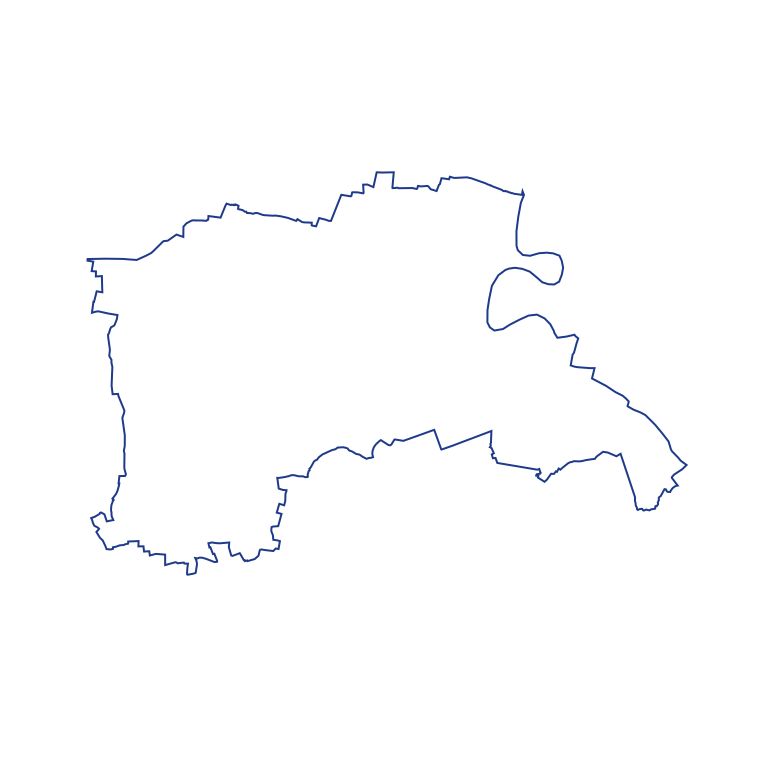 Krathum Baen, Nakhon Pathom, Thailand, rotated 188°
{"feature_id": "78962969B60884985036965", "entity_name": "Krathum Baen", "entity_type": "district", "adm_level": 2, "iso_a3": "THA", "parent_name": "Thailand", "parent_adm1": "Nakhon Pathom", "projection": "albers", "projection_center": [100.27, 13.664], "detail": "fine", "context": "isolated", "style": "outline", "palette": "blue", "viewbox_px": 768, "rotation_deg": 188, "n_neighbors": 0, "source": "geoboundaries", "source_scale": "gbopen_adm2", "svg_char_len": 6134}
<svg xmlns="http://www.w3.org/2000/svg" viewBox="0 0 768 768"><g transform="rotate(188 384 384)"><path d="M273.6,594.1L273.8,590.5L281.6,590.5L283.8,590.9L284.5,590.7L285.6,591.2L287.3,591.2L288.9,591.9L289.7,591.7L290.7,592.1L291.9,591.6L293.4,592.0L294.2,592.6L304.3,594.9L305.7,595.5L306.5,595.4L307.1,595.8L308.9,596.0L311.1,596.8L325.9,599.8L330.6,600.2L343.2,597.8L347.6,598.4L348.0,595.8L355.7,595.8L356.5,589.6L357.3,588.9L358.8,582.4L364.9,583.4L367.6,585.9L368.5,586.2L374.8,584.8L377.9,584.9L378.3,582.1L378.7,581.7L383.3,582.0L396.8,579.9L398.5,580.3L399.7,579.7L402.8,579.2L403.0,579.5L403.8,595.0L414.9,593.2L420.7,592.6L421.9,577.5L428.2,579.2L432.4,578.5L430.8,570.5L431.1,569.9L436.9,570.1L441.8,569.5L442.2,569.3L442.5,565.6L443.1,565.2L452.6,565.4L459.2,538.1L461.4,537.9L464.8,538.6L471.3,539.3L473.2,530.7L477.4,530.9L477.7,531.1L478.0,533.7L486.0,532.9L487.7,533.0L492.7,535.2L493.4,533.4L493.7,533.3L502.3,535.1L509.3,535.7L514.8,535.7L517.4,535.2L526.4,534.5L527.8,534.6L533.3,535.7L536.0,535.2L536.7,534.6L537.8,534.3L539.8,534.6L543.6,534.3L544.4,535.5L545.9,535.3L548.3,536.6L552.7,536.9L553.0,537.7L552.8,540.1L553.3,540.4L555.9,541.1L556.2,540.6L557.3,540.8L557.5,540.2L559.8,540.4L560.5,539.9L565.0,540.7L565.8,538.7L569.0,526.0L581.2,525.9L581.0,522.2L582.3,521.4L582.5,520.9L587.8,520.5L594.1,519.6L595.3,519.7L597.5,518.9L602.0,515.6L604.5,511.9L603.2,501.7L610.3,503.1L618.1,495.8L621.8,494.9L622.7,494.3L631.0,483.4L632.9,481.2L637.4,478.0L646.2,472.4L660.1,471.5L677.4,469.3L694.9,466.5L694.8,464.9L688.9,464.7L689.2,455.1L684.9,455.4L684.3,450.4L678.4,451.6L675.7,435.6L681.4,435.8L682.6,424.9L683.2,424.9L683.1,413.9L679.3,415.6L677.0,416.2L666.4,415.4L657.5,415.2L657.6,410.9L658.9,405.4L659.5,404.2L662.1,402.2L662.7,400.7L663.4,396.3L664.1,394.5L663.6,391.7L660.2,379.9L660.0,374.0L659.7,373.1L657.3,370.1L656.8,366.9L655.4,363.2L653.5,344.4L651.3,336.1L646.0,337.2L645.2,335.0L637.4,321.6L637.4,319.1L638.4,314.1L633.5,297.0L632.1,286.4L632.3,281.6L631.3,278.9L629.6,265.5L629.2,263.7L627.0,258.7L627.6,256.9L633.2,256.0L633.0,248.6L632.3,248.7L632.3,246.7L633.1,240.9L634.1,237.7L636.9,232.7L636.2,232.4L636.3,231.3L635.7,231.2L636.2,230.2L637.1,226.0L636.8,221.2L635.9,218.6L635.7,216.8L635.1,214.8L633.1,211.6L639.4,209.4L642.7,216.0L646.2,217.4L647.3,216.9L647.5,215.8L651.9,212.3L655.3,210.5L654.0,208.5L652.9,205.9L651.1,203.3L647.4,202.0L646.0,200.9L648.2,197.4L643.8,192.1L640.8,190.0L637.5,185.0L635.8,181.9L631.6,182.1L629.4,183.1L629.7,184.6L626.7,185.6L623.2,187.5L619.4,188.3L617.9,189.3L615.2,190.3L615.4,192.4L605.2,194.3L604.6,189.0L599.6,189.8L598.3,184.7L593.2,185.7L592.0,181.6L586.3,184.0L577.0,184.6L575.5,174.2L566.0,178.4L564.3,178.3L563.5,177.7L557.9,179.2L557.2,179.2L556.7,178.4L553.1,178.8L553.1,174.5L552.7,169.2L552.4,168.0L551.9,167.8L547.3,169.3L544.5,170.5L544.2,170.9L544.1,179.5L544.9,182.4L546.7,185.4L544.3,185.3L542.8,186.3L540.1,186.7L535.8,186.1L527.1,184.1L524.6,184.7L524.5,185.4L528.4,192.3L529.7,191.8L533.2,198.2L534.1,197.8L535.7,201.9L532.4,203.1L527.6,203.1L524.4,203.4L515.2,205.5L514.9,200.7L511.4,192.9L510.1,192.7L503.3,196.4L498.2,190.0L497.5,190.2L497.0,189.3L494.9,190.2L494.5,189.6L487.6,192.7L484.4,196.5L483.9,201.7L483.5,202.7L482.2,203.1L478.0,203.0L470.4,203.2L468.3,206.0L465.5,205.9L465.2,213.9L467.7,214.3L471.9,214.3L473.1,219.1L474.8,221.9L475.3,223.6L475.4,226.7L474.0,227.4L469.0,228.5L467.4,241.1L472.3,241.7L471.0,250.8L466.0,250.0L465.5,254.4L466.3,261.8L465.7,264.2L465.8,265.3L469.2,265.0L473.7,265.8L476.6,276.2L474.8,276.4L469.5,278.0L465.7,279.4L463.4,280.6L461.7,281.1L458.9,281.1L456.0,280.7L451.3,281.3L449.2,280.8L446.7,281.2L446.5,282.0L447.0,283.3L446.5,287.2L445.6,288.3L446.1,289.7L445.0,291.1L442.6,297.4L441.2,298.9L439.9,299.6L438.3,302.4L435.1,305.7L426.5,311.2L422.8,312.8L421.1,314.6L415.5,315.7L412.2,315.4L411.0,315.0L409.4,313.5L408.5,313.1L406.6,312.9L401.7,310.8L399.4,310.8L397.8,310.4L395.2,309.0L390.9,307.5L388.7,308.6L386.1,309.3L384.7,310.0L385.9,313.4L386.0,316.0L385.3,319.8L383.7,323.0L380.8,326.6L379.3,328.0L371.1,324.2L369.5,324.1L368.3,325.0L366.1,330.1L365.6,330.6L356.9,330.4L327.9,345.6L318.2,327.2L317.9,327.1L308.0,332.2L271.1,352.4L269.9,340.5L270.3,339.5L269.6,337.6L270.4,336.2L268.5,335.4L265.6,330.7L267.5,329.3L265.8,325.6L263.3,326.3L260.8,321.6L220.2,320.5L218.4,321.5L216.9,318.2L216.6,318.1L216.8,317.0L220.1,315.9L220.5,315.3L220.5,314.4L218.4,314.5L218.6,312.8L211.4,309.5L209.4,311.9L206.0,318.4L203.2,318.6L201.5,321.5L200.5,321.1L199.2,324.6L197.4,323.7L195.8,325.7L190.7,331.1L188.7,332.5L187.1,332.9L185.3,334.0L180.2,334.5L177.6,335.1L173.2,336.8L164.7,339.3L163.4,341.7L157.7,347.3L153.0,347.3L143.8,344.8L140.0,347.8L120.1,307.7L119.6,306.5L119.2,303.2L118.4,301.3L117.7,298.6L116.4,296.8L115.9,295.1L115.0,294.6L113.5,295.7L111.3,296.3L110.8,296.2L110.1,295.2L109.4,294.9L108.9,294.9L106.9,296.1L103.6,295.8L101.9,297.1L98.3,298.2L98.1,298.7L98.3,300.5L98.0,300.9L96.9,301.0L95.9,302.9L95.9,303.8L96.4,304.7L95.6,307.5L96.1,309.2L96.0,309.9L94.4,311.5L91.6,318.9L90.2,318.9L89.1,317.2L88.3,316.7L85.6,316.9L85.0,318.7L83.6,321.2L81.7,323.0L80.6,323.8L79.0,324.3L85.9,331.1L86.0,331.7L84.2,334.6L76.8,341.1L73.1,345.9L79.6,349.4L82.4,352.0L89.5,357.5L90.8,359.3L94.2,366.7L101.6,373.9L110.0,381.5L120.8,389.6L125.9,391.5L133.3,393.3L139.6,395.8L139.8,396.1L139.2,400.0L139.3,400.8L142.0,403.0L146.0,405.6L153.7,408.2L163.7,413.0L178.8,418.4L177.7,429.0L181.9,428.4L194.5,427.6L198.0,427.7L201.7,428.4L201.3,439.4L200.2,441.4L199.0,450.9L198.0,456.2L201.3,458.2L202.2,459.3L209.8,456.4L218.7,453.9L222.6,458.6L223.1,460.1L227.7,466.4L234.1,471.3L242.2,474.0L250.3,471.9L258.4,466.8L267.6,460.3L273.8,455.0L282.2,452.3L287.0,454.8L290.2,459.4L291.8,471.6L291.7,482.4L290.8,496.3L285.9,507.6L279.7,513.8L276.2,515.7L270.5,517.3L263.2,517.3L255.4,515.6L247.7,510.9L241.5,506.8L235.3,505.7L229.4,506.2L224.8,509.7L223.1,517.1L222.8,524.1L225.2,530.9L228.1,535.5L234.6,536.9L241.1,536.7L248.6,535.1L257.2,531.3L264.5,531.1L270.2,535.2L272.0,539.3L274.1,553.7L274.3,568.3L273.7,582.4L271.7,590.7L273.6,594.1Z" fill="none" stroke="#1e3a8a" stroke-width="2"/></g></svg>